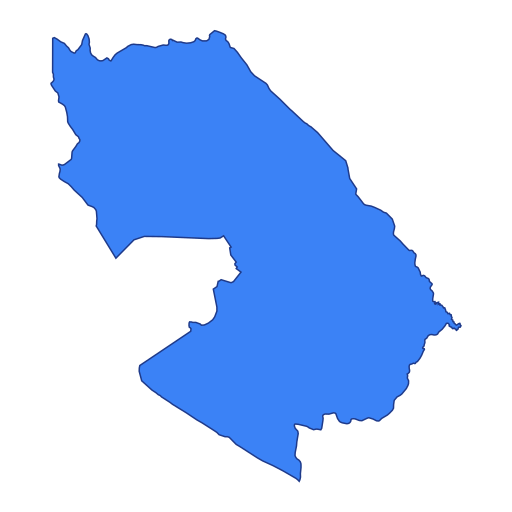 the district of Kerinci, Jambi, Indonesia
{"feature_id": "22746128B64633952285861", "entity_name": "Kerinci", "entity_type": "district", "adm_level": 2, "iso_a3": "IDN", "parent_name": "Indonesia", "parent_adm1": "Jambi", "projection": "orthographic", "projection_center": [101.649, -2.061], "detail": "fine", "context": "isolated", "style": "filled", "palette": "blue", "viewbox_px": 512, "rotation_deg": 0, "n_neighbors": 0, "source": "geoboundaries", "source_scale": "gbopen_adm2", "svg_char_len": 5916}
<svg xmlns="http://www.w3.org/2000/svg" viewBox="0 0 512 512"><path d="M229.1,43.9L228.2,42.3L227.5,41.5L226.1,40.5L225.7,39.6L225.5,38.8L225.9,37.4L225.8,36.2L225.3,35.1L223.4,33.8L220.0,32.4L216.4,31.1L214.5,30.7L209.9,34.5L209.5,35.3L209.7,36.6L209.0,39.2L207.3,40.5L206.4,40.9L202.4,40.9L200.1,39.9L197.6,38.1L196.9,38.0L195.9,38.7L195.2,40.5L193.9,41.7L190.6,42.8L186.5,43.2L182.9,42.6L181.0,42.0L177.2,42.2L173.0,40.2L172.5,40.5L171.8,39.5L170.7,39.2L170.0,39.3L169.1,40.0L168.8,40.8L168.9,43.3L168.4,44.5L167.5,45.2L166.1,45.3L163.2,45.0L158.2,46.4L156.6,47.3L155.2,47.6L146.9,45.7L144.5,45.7L143.1,45.1L140.9,44.7L136.9,44.6L133.6,44.2L131.2,44.6L127.7,46.4L126.3,47.7L117.1,53.1L115.1,54.8L113.1,57.5L111.1,60.8L110.5,60.9L109.0,59.9L108.5,58.8L106.9,57.9L102.9,60.6L101.0,60.9L99.2,60.7L97.4,59.8L95.5,57.5L93.5,56.3L91.8,55.0L90.6,53.0L90.1,50.4L90.2,48.1L89.0,44.3L89.4,42.2L89.1,39.0L87.9,35.6L86.7,34.0L86.0,33.7L85.4,34.0L82.5,40.5L81.7,44.6L77.8,49.8L76.3,50.7L75.2,52.8L74.2,53.1L71.0,51.5L69.9,50.2L68.5,47.8L66.5,46.0L64.4,43.4L60.7,41.8L57.2,39.2L54.3,37.6L52.7,38.3L52.6,72.3L53.4,74.1L53.4,77.0L54.0,79.0L53.9,79.8L53.4,81.0L52.2,82.3L51.1,83.2L51.0,83.9L51.6,85.4L55.3,91.0L57.8,92.9L59.0,96.9L58.5,100.7L58.7,102.0L62.6,104.2L64.4,105.6L65.3,107.0L66.8,112.6L67.5,116.8L67.7,121.8L68.4,123.4L70.4,126.5L72.6,129.4L75.8,134.7L78.4,136.7L79.0,138.3L79.8,139.5L79.9,140.2L79.7,141.3L78.9,142.7L77.5,143.7L75.8,146.5L72.6,150.8L72.1,152.0L71.6,158.4L71.2,159.4L64.5,164.5L62.9,165.1L61.6,165.1L59.3,164.2L58.6,164.1L58.6,165.5L60.0,168.4L60.2,169.3L60.0,171.3L59.4,173.4L58.9,176.7L59.2,177.7L60.7,179.2L64.4,181.6L68.2,183.7L71.3,186.7L74.3,190.2L82.2,197.4L88.0,205.1L91.9,206.5L93.9,207.5L95.8,209.7L96.4,211.4L97.0,218.7L96.7,221.1L96.6,224.4L96.2,226.0L115.9,258.2L134.0,239.8L144.3,236.4L161.9,236.6L208.6,238.6L217.0,238.4L220.1,238.0L223.6,235.8L231.1,247.1L229.7,247.9L230.8,255.0L236.2,262.1L234.9,263.7L235.0,265.0L237.2,267.0L236.2,268.6L241.0,272.1L233.5,281.6L231.4,282.6L230.6,282.6L221.1,279.7L219.2,281.1L218.2,281.3L217.0,286.6L213.3,289.1L216.9,307.1L216.9,311.1L214.7,316.9L212.7,319.8L208.4,323.1L204.3,325.0L201.4,325.2L200.2,324.0L195.8,322.4L192.7,322.4L191.6,322.0L189.6,321.9L189.1,323.0L189.0,325.5L189.3,327.2L190.4,327.9L191.0,328.9L190.7,331.3L139.8,365.5L139.3,368.0L139.2,371.3L141.7,380.8L152.0,390.1L156.1,392.8L158.3,394.7L160.3,395.6L161.5,396.9L169.9,402.3L172.5,404.3L186.3,412.8L196.9,419.9L202.0,422.8L213.9,430.4L216.9,432.4L219.1,434.7L225.0,436.7L227.4,436.7L229.2,437.3L236.2,444.4L239.6,446.4L257.3,457.8L262.7,460.9L273.0,465.6L282.9,470.8L296.2,478.5L298.1,480.1L299.2,481.3L299.9,479.8L300.5,477.1L300.4,473.6L301.0,467.5L301.0,465.0L300.9,463.6L300.3,461.8L298.9,460.1L296.9,458.8L295.7,457.2L295.0,455.5L295.2,452.4L296.5,445.9L296.8,441.9L298.2,433.6L297.8,431.2L295.2,428.3L294.4,426.1L294.4,424.9L294.8,424.2L295.2,424.0L298.3,424.3L306.7,426.3L308.0,427.0L309.2,427.9L313.6,429.7L316.2,429.1L317.8,429.2L320.8,429.8L321.7,428.3L322.9,420.6L323.1,418.2L322.7,416.3L322.8,415.5L323.6,414.6L325.1,414.0L329.0,414.1L333.6,412.8L335.1,413.1L335.8,413.6L337.6,418.6L339.4,421.3L340.3,422.0L342.2,422.8L346.6,423.7L347.9,423.6L349.4,423.0L350.4,421.9L350.8,421.0L351.0,419.5L351.9,418.9L353.4,418.7L355.1,418.9L359.4,420.5L361.9,420.7L367.2,418.2L368.8,417.7L373.2,419.1L376.5,420.8L378.4,421.0L379.4,420.7L381.7,418.4L387.4,415.0L389.5,413.2L392.4,410.2L393.5,408.2L393.6,404.7L394.1,400.9L394.4,400.1L397.1,396.9L400.1,395.3L401.8,394.0L406.3,388.6L407.9,385.5L408.5,383.7L408.6,380.8L407.4,378.3L407.4,376.9L407.7,376.0L407.2,374.0L408.0,373.6L409.2,372.4L409.5,371.6L409.6,370.0L409.3,369.1L409.1,366.6L409.4,365.2L410.2,364.3L411.8,364.0L412.9,363.4L413.7,363.2L414.9,363.6L415.3,363.4L416.3,362.0L417.4,361.6L420.0,358.2L421.7,355.1L423.3,351.2L424.4,349.5L424.2,348.7L422.9,348.5L422.6,347.9L422.9,347.2L424.0,346.0L424.3,344.4L424.9,342.7L424.8,340.0L425.2,339.2L426.7,338.2L428.2,335.7L429.8,334.7L431.8,334.5L434.0,335.0L435.0,335.0L436.5,334.7L437.6,334.0L438.7,332.1L442.1,329.3L444.9,325.9L446.4,323.4L447.6,323.2L448.3,323.4L449.4,324.8L449.4,325.4L449.1,325.8L449.3,326.1L449.9,326.4L450.5,326.9L451.6,327.2L452.3,328.4L452.8,328.7L453.3,328.6L453.5,328.3L454.3,328.2L455.1,329.0L456.2,329.4L456.2,330.2L456.5,330.4L458.0,329.1L458.5,327.3L460.3,327.1L460.7,326.0L461.0,325.8L460.0,324.3L460.0,323.4L459.8,323.3L458.6,323.7L456.6,325.1L455.6,324.6L455.0,323.7L454.2,323.3L453.9,321.9L452.9,321.6L452.8,320.1L451.5,319.4L452.0,317.4L451.3,316.4L451.3,315.2L451.1,314.7L450.0,314.5L449.5,313.3L448.0,313.7L447.1,312.2L445.9,311.7L445.6,310.1L444.7,307.8L443.5,307.9L443.2,307.1L441.7,305.2L439.8,305.0L439.7,304.8L440.1,304.3L440.1,303.9L439.2,303.5L438.3,304.1L438.5,302.2L436.6,302.8L436.3,303.7L435.2,304.2L434.6,303.6L435.2,302.5L435.0,301.6L433.6,301.7L432.9,301.3L432.7,300.8L432.7,298.8L433.5,293.9L433.4,293.0L432.2,291.0L430.6,289.6L430.1,288.4L430.4,287.0L432.1,284.6L432.0,283.7L429.5,281.5L429.1,279.5L428.5,278.6L426.1,277.6L424.7,275.9L423.7,275.4L423.1,275.4L421.7,276.0L421.3,276.0L420.5,274.4L420.2,272.1L418.1,267.8L417.2,267.1L415.9,266.6L415.3,266.1L414.9,264.3L414.8,262.8L415.3,259.2L416.0,256.0L415.9,254.7L415.3,253.7L414.0,252.8L412.8,251.0L412.2,250.5L411.3,250.3L409.5,250.5L408.7,250.0L402.8,243.9L400.2,240.9L393.8,235.2L393.4,234.0L393.5,232.0L394.4,228.5L394.7,226.2L392.3,219.1L386.4,213.1L383.5,212.2L380.7,210.2L374.6,207.4L371.2,206.1L366.1,205.2L364.5,204.6L363.4,203.6L358.2,196.8L355.9,194.4L355.8,193.6L356.6,188.9L349.7,178.5L347.9,168.6L348.0,168.2L345.7,160.7L333.1,150.5L317.7,132.7L310.7,126.6L310.0,126.4L308.4,125.3L306.7,123.7L305.4,123.2L303.3,121.6L291.6,110.6L290.3,109.6L280.0,99.3L270.7,90.9L269.0,88.5L267.4,85.0L266.0,83.4L254.5,75.8L250.7,71.7L246.9,64.9L241.1,57.6L237.4,52.3L234.0,48.5L230.5,47.5L230.1,47.0L229.1,43.9Z" fill="#3b82f6" stroke="#1e3a8a" stroke-width="1.5"/></svg>